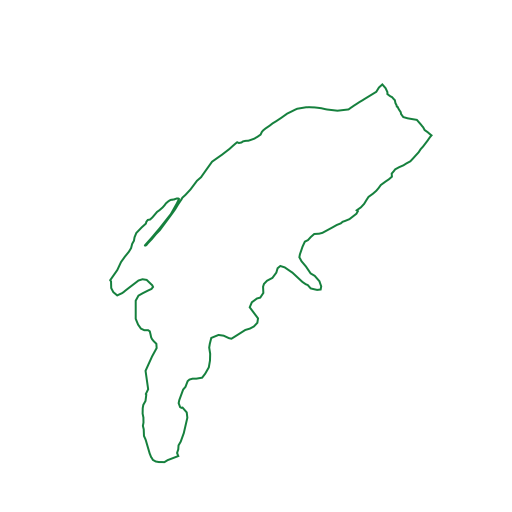 Badrashain, Al Jizah, Egypt (Mercator projection), rotated 229°
{"feature_id": "37247803B45225516611894", "entity_name": "Badrashain", "entity_type": "district", "adm_level": 2, "iso_a3": "EGY", "parent_name": "Egypt", "parent_adm1": "Al Jizah", "projection": "mercator", "projection_center": [31.25, 29.824], "detail": "fine", "context": "isolated", "style": "outline", "palette": "green", "viewbox_px": 512, "rotation_deg": 229, "n_neighbors": 0, "source": "geoboundaries", "source_scale": "gbopen_adm2", "svg_char_len": 4176}
<svg xmlns="http://www.w3.org/2000/svg" viewBox="0 0 512 512"><g transform="rotate(229 256 256)"><path d="M302.6,463.9L302.5,459.3L301.0,454.5L303.4,440.3L303.6,438.8L304.3,435.1L304.9,430.7L305.2,428.8L305.5,426.0L305.6,425.5L305.9,422.0L312.2,412.8L320.0,405.7L321.4,404.6L324.3,402.5L324.6,402.3L327.3,399.9L329.9,397.5L330.3,397.1L330.5,396.8L333.2,394.0L335.1,391.7L335.4,391.4L335.5,391.2L340.1,383.7L340.8,381.4L341.3,379.4L342.1,376.3L343.0,373.0L343.7,365.7L344.5,359.6L345.2,355.6L345.4,351.8L346.0,346.8L346.1,343.8L345.8,341.8L344.6,339.1L344.8,337.4L345.0,335.3L345.4,333.4L345.6,331.9L347.0,328.3L348.0,325.9L349.8,323.6L351.0,321.4L351.2,319.5L352.5,317.2L354.2,316.4L354.3,314.3L354.3,310.7L354.2,306.3L354.7,297.9L354.7,297.2L354.8,296.4L355.5,289.7L356.0,284.7L353.8,275.5L351.6,266.5L351.5,266.4L351.5,260.8L349.2,250.2L348.4,242.8L348.3,238.6L347.6,236.9L346.9,234.1L346.8,233.9L346.1,231.2L344.3,225.6L343.5,222.3L342.4,217.5L340.1,207.0L338.6,200.3L338.2,195.0L337.1,188.4L336.6,182.8L336.3,181.2L336.2,180.5L336.2,180.3L336.3,180.0L336.3,179.6L336.4,179.4L336.5,179.3L336.7,179.1L336.8,179.1L336.9,179.3L337.0,179.8L338.1,188.4L340.1,201.4L343.5,219.3L347.5,230.5L349.5,235.3L350.2,235.2L351.3,234.1L352.4,231.5L352.4,231.4L352.4,231.2L352.9,230.6L353.5,229.7L353.5,229.4L354.1,228.9L354.6,227.2L354.8,225.3L354.8,222.5L354.3,220.4L353.9,217.4L353.9,213.1L354.2,210.3L353.1,203.2L353.0,200.0L354.2,198.0L353.8,195.8L352.7,194.1L352.6,188.6L351.9,180.8L349.8,176.6L347.6,173.9L346.4,170.5L343.9,166.9L342.6,162.8L341.5,156.5L340.0,150.2L336.4,142.1L333.4,130.1L331.9,129.9L326.8,125.7L325.7,125.4L324.4,125.1L322.3,124.6L317.3,125.4L316.8,127.2L315.8,130.6L315.6,132.7L315.6,134.5L315.3,139.9L314.8,147.7L314.6,151.2L312.9,155.1L309.7,157.8L302.9,158.4L302.1,158.5L300.2,158.0L299.7,155.5L300.7,152.1L302.2,146.2L303.2,141.3L301.2,135.9L294.4,130.0L287.5,124.0L281.6,122.0L276.7,121.5L273.3,123.0L270.8,125.9L268.8,126.4L265.9,124.9L263.4,123.5L261.5,123.0L259.0,122.9L255.1,123.2L251.7,120.6L248.4,111.7L241.8,97.3L226.2,87.2L224.1,82.3L223.3,82.2L219.1,77.5L217.6,73.3L215.5,70.7L211.4,67.0L207.7,64.9L207.2,64.4L204.1,61.8L202.0,59.2L198.9,57.6L193.7,53.4L190.1,52.3L189.1,51.9L183.7,49.4L177.6,46.6L177.0,46.3L173.0,44.9L171.7,44.8L169.8,44.4L166.7,45.5L164.1,47.6L160.5,51.7L159.9,55.4L156.0,66.1L159.1,67.2L161.1,70.5L163.9,73.3L165.3,77.4L169.7,85.3L179.0,98.1L183.4,101.1L187.3,101.1L189.8,101.1L190.3,100.1L191.8,99.6L194.4,100.6L195.7,101.1L197.6,103.6L203.0,113.4L203.5,116.9L205.8,121.2L206.4,122.3L206.4,124.7L205.0,127.7L202.5,130.6L201.0,133.1L199.5,135.5L200.5,140.4L202.9,147.3L207.3,152.7L212.2,157.2L217.6,160.6L220.1,163.6L223.5,168.5L222.5,171.5L221.0,175.9L217.1,179.3L211.7,181.7L209.7,183.2L209.2,186.2L207.2,199.4L205.2,203.8L204.2,208.2L204.7,213.2L207.6,216.6L214.5,217.1L221.4,217.6L223.8,222.5L223.3,228.9L221.8,231.9L223.3,237.3L228.2,241.2L229.7,243.7L230.1,248.1L228.7,254.0L230.1,260.4L232.6,264.3L232.5,267.8L228.6,270.2L219.3,272.6L206.0,274.0L202.1,275.0L200.1,276.0L197.7,276.0L195.7,276.0L194.4,276.9L192.3,278.4L190.3,279.9L188.3,282.8L190.3,285.3L194.4,286.9L195.2,287.3L202.5,287.3L207.0,285.8L215.3,286.8L222.2,286.9L226.6,287.9L228.5,290.3L230.5,293.8L232.5,297.2L234.8,302.3L233.9,305.6L234.4,310.0L234.4,314.4L231.4,318.3L229.9,321.3L227.4,332.5L226.4,337.4L225.0,341.4L225.0,343.8L224.0,346.3L222.5,350.7L222.0,359.5L223.0,362.3L224.4,362.0L223.9,367.1L224.4,371.8L225.8,376.2L226.8,379.7L226.3,385.1L226.3,389.5L226.8,392.9L227.7,396.8L227.2,402.7L226.7,406.6L226.7,410.6L229.2,412.5L229.6,415.5L230.1,417.9L229.1,422.4L227.7,426.8L227.2,430.2L226.2,434.6L226.6,438.5L227.1,442.5L227.4,445.3L227.6,446.9L228.6,450.3L229.0,453.8L230.5,461.1L231.5,465.0L231.9,467.6L232.8,467.4L234.7,467.1L236.8,466.8L237.6,466.6L240.4,465.9L243.4,466.6L245.3,466.6L246.7,466.7L250.5,466.7L251.5,466.7L253.2,466.7L256.6,463.9L260.4,460.8L264.2,458.3L267.9,458.6L269.7,459.6L272.2,459.9L273.8,460.2L275.5,460.7L276.4,460.3L277.6,461.0L279.8,461.5L282.5,463.0L284.3,462.9L286.7,462.9L288.3,462.2L289.5,461.9L292.0,461.4L293.5,462.7L297.7,463.9L302.5,463.9L302.6,463.9Z" fill="none" stroke="#15803d" stroke-width="2"/></g></svg>